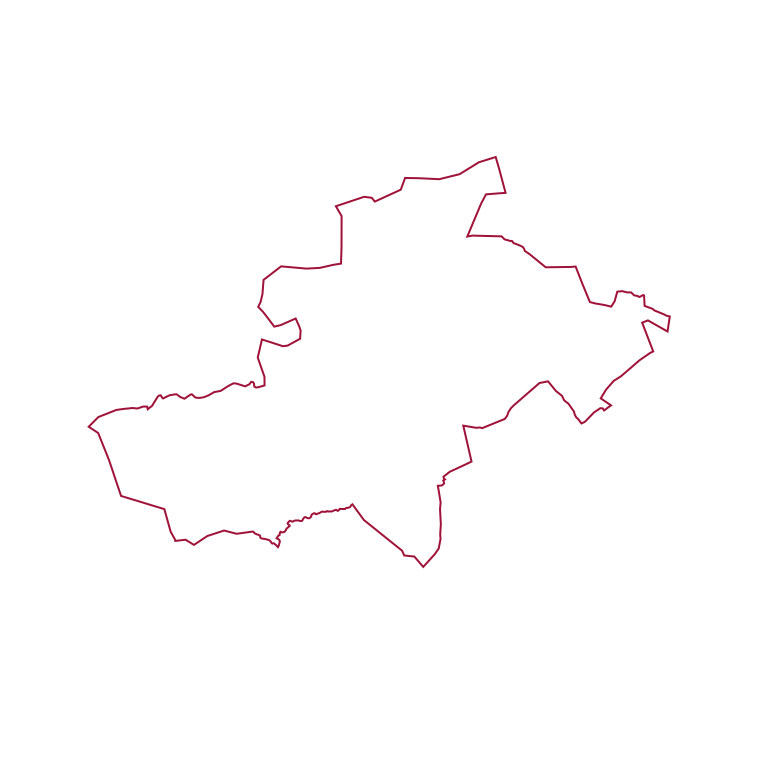 Ingawa, Katsina, Nigeria (Robinson projection), rotated 69°
{"feature_id": "59680162B27261417712833", "entity_name": "Ingawa", "entity_type": "district", "adm_level": 2, "iso_a3": "NGA", "parent_name": "Nigeria", "parent_adm1": "Katsina", "projection": "robinson", "projection_center": [8.123, 12.614], "detail": "fine", "context": "isolated", "style": "outline", "palette": "rose", "viewbox_px": 768, "rotation_deg": 69, "n_neighbors": 0, "source": "geoboundaries", "source_scale": "gbopen_adm2", "svg_char_len": 4158}
<svg xmlns="http://www.w3.org/2000/svg" viewBox="0 0 768 768"><g transform="rotate(69 384 384)"><path d="M436.6,100.5L423.4,93.0L421.5,95.7L418.8,98.2L415.6,101.6L412.3,105.1L409.9,106.5L409.3,107.2L404.5,112.7L394.5,109.5L393.8,110.3L394.3,113.7L394.2,114.6L392.8,115.6L390.9,118.7L387.0,120.5L385.5,124.4L382.7,128.3L381.4,133.1L389.5,139.1L393.2,144.2L389.3,149.8L384.5,157.9L381.3,162.4L361.2,162.9L343.0,163.0L341.6,167.9L340.8,170.0L333.0,191.2L314.9,201.6L310.3,204.8L307.6,204.8L305.9,205.3L303.9,207.0L300.8,210.3L298.9,212.6L298.0,212.7L297.7,212.8L297.1,213.0L296.7,213.1L296.3,213.3L296.2,213.6L296.1,214.3L292.1,219.7L290.1,220.5L288.3,221.3L277.1,248.4L276.2,253.4L250.5,228.8L243.5,220.8L249.1,202.0L223.4,199.3L212.1,198.4L211.0,215.9L215.2,238.3L212.6,259.0L204.2,278.1L199.2,290.5L208.6,298.7L210.4,327.2L205.8,328.7L202.1,335.5L200.8,365.2L212.0,363.4L241.0,374.6L256.2,381.0L254.6,388.5L252.6,402.3L248.5,415.0L237.3,437.9L243.6,459.1L256.6,465.3L263.3,469.9L266.9,473.8L273.0,471.2L278.8,469.4L291.1,465.9L292.0,459.3L291.2,443.0L300.0,442.5L304.2,442.7L311.7,446.1L313.6,460.3L312.5,464.8L298.7,482.0L314.1,492.4L334.4,493.0L342.5,496.0L342.4,497.4L342.0,502.3L341.5,504.6L340.1,506.0L338.4,505.6L336.9,505.2L335.4,505.6L334.4,507.2L336.0,509.8L336.4,514.5L330.7,521.6L329.4,524.4L330.1,530.4L331.9,538.9L330.7,545.6L331.7,551.6L331.8,556.9L331.0,560.9L329.8,563.7L328.7,565.2L326.3,566.3L325.0,566.9L324.5,567.8L325.4,572.2L326.2,575.6L323.1,578.9L319.4,581.2L318.8,582.7L317.7,588.1L318.0,592.8L318.4,594.9L318.1,595.7L314.5,596.6L314.2,598.4L314.7,599.7L321.3,608.4L322.2,611.4L322.9,613.6L320.3,613.2L318.8,616.6L318.5,623.0L316.2,627.6L315.2,631.5L314.0,635.8L312.3,643.2L312.5,662.6L318.1,675.0L327.3,668.4L354.9,668.0L355.1,668.0L357.0,668.0L394.3,669.6L422.1,633.9L445.4,636.1L454.6,634.8L455.7,635.1L458.3,625.0L466.1,619.1L462.6,603.3L463.5,585.8L471.0,575.3L474.3,561.3L474.6,559.8L475.2,558.8L476.3,558.5L477.3,558.1L477.9,557.4L478.9,556.5L479.8,555.2L481.1,554.1L483.0,554.5L483.8,554.2L485.1,552.4L486.1,550.5L487.2,549.0L488.5,547.3L489.8,546.5L491.5,546.0L492.3,545.9L492.9,545.5L493.1,544.3L493.5,543.7L494.4,543.3L495.5,542.6L498.3,541.5L497.3,540.3L495.4,538.9L494.1,537.9L493.0,537.5L491.7,537.8L490.7,538.4L489.6,539.5L488.6,538.2L487.7,537.0L487.7,535.7L486.8,535.2L486.0,534.7L485.4,534.3L484.9,533.6L485.8,532.7L486.2,531.7L486.3,530.7L486.3,529.7L485.7,528.8L485.4,528.1L484.6,527.5L484.1,526.7L483.7,525.7L483.4,524.7L482.9,523.7L482.8,523.0L482.1,522.8L481.5,523.1L480.7,523.7L480.0,524.0L479.4,523.8L479.1,523.5L478.6,522.4L478.2,521.7L478.0,520.8L478.6,520.0L479.2,519.5L479.6,519.0L479.7,517.9L479.5,516.4L479.8,515.2L480.3,514.0L480.6,512.9L481.3,512.1L481.7,511.5L482.2,510.5L482.4,509.6L481.9,508.8L481.2,508.2L480.6,507.3L480.1,506.4L480.0,505.4L480.3,504.7L481.0,504.2L481.7,503.5L482.3,502.7L482.5,501.8L482.4,500.9L482.1,500.2L481.5,499.5L480.9,499.0L480.1,498.4L479.8,497.5L479.7,496.8L479.6,495.7L479.8,495.1L480.3,494.6L481.0,494.5L481.3,493.7L481.2,492.0L481.4,490.8L481.1,489.1L480.9,487.7L481.6,486.3L482.5,484.1L482.2,482.8L483.1,481.9L483.4,480.4L484.3,478.6L484.2,477.3L484.2,475.7L484.2,473.9L485.9,472.6L485.6,471.4L484.7,470.1L486.1,466.8L486.7,465.3L486.2,463.7L486.7,461.7L486.8,460.0L486.2,459.0L485.4,458.1L485.0,456.6L503.8,451.5L546.2,426.8L551.3,426.6L556.0,417.5L568.8,412.9L561.2,397.8L557.2,391.9L549.0,386.8L544.2,385.3L535.6,381.3L520.8,376.5L514.9,373.6L506.3,371.8L498.3,370.2L499.0,368.0L499.3,366.9L499.3,365.6L498.3,363.4L496.4,363.2L495.4,363.3L494.9,361.3L494.1,361.9L493.3,362.0L492.6,361.8L491.8,361.6L489.5,354.0L487.8,330.1L451.3,324.9L457.9,313.7L458.9,310.2L460.4,308.1L459.9,283.7L457.7,280.3L454.9,278.0L452.1,274.2L450.6,270.9L438.8,238.5L440.3,229.9L452.1,226.0L458.8,222.1L464.0,221.6L468.4,218.9L477.9,216.5L480.9,216.9L482.4,216.7L483.9,216.5L486.6,215.2L489.2,214.5L491.6,213.8L491.3,210.0L485.8,198.1L484.1,190.7L485.2,188.5L487.6,188.0L486.2,183.2L485.3,179.7L475.1,186.8L468.9,178.8L463.4,168.4L461.7,160.0L453.4,136.9L450.3,124.2L450.2,122.3L450.1,121.0L419.3,121.0L419.2,114.8L436.6,100.5Z" fill="none" stroke="#9f1239" stroke-width="2"/></g></svg>